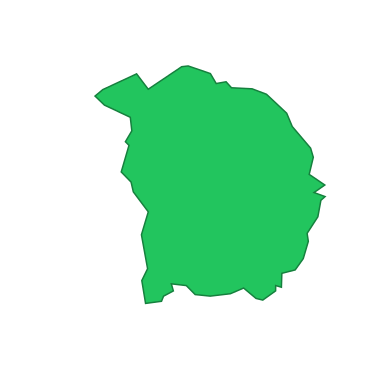 Zajas, Zajas, North Macedonia, rotated 26°
{"feature_id": "65306769B7192425425597", "entity_name": "Zajas", "entity_type": "district", "adm_level": 2, "iso_a3": "MKD", "parent_name": "North Macedonia", "parent_adm1": "Zajas", "projection": "albers", "projection_center": [20.901, 41.603], "detail": "fine", "context": "isolated", "style": "filled", "palette": "green", "viewbox_px": 384, "rotation_deg": 26, "n_neighbors": 0, "source": "geoboundaries", "source_scale": "gbopen_adm2", "svg_char_len": 816}
<svg xmlns="http://www.w3.org/2000/svg" viewBox="0 0 384 384"><g transform="rotate(26 192 192)"><path d="M199.1,312.5L212.5,303.6L212.1,298.1L218.6,289.1L213.7,283.6L227.9,278.6L239.8,282.8L254.0,277.6L271.1,266.6L280.5,255.7L296.2,259.6L303.0,258.1L310.5,244.2L308.2,239.4L314.1,238.4L308.4,225.7L318.9,216.8L321.2,203.1L318.2,185.4L313.6,178.7L316.0,159.1L311.5,143.0L313.6,137.8L301.9,139.0L308.3,127.5L289.6,124.8L285.8,107.6L279.4,100.6L253.4,89.2L242.6,79.7L216.1,71.5L200.8,72.9L181.8,81.0L174.3,78.0L166.2,83.9L156.6,77.5L133.3,80.4L127.8,83.9L107.6,118.8L90.4,110.1L66.9,139.1L62.8,148.3L75.2,152.3L103.8,151.9L111.1,163.4L110.1,176.0L114.9,177.7L119.6,205.0L132.9,209.8L139.2,217.6L161.4,229.0L165.3,252.6L185.7,280.4L185.7,293.6L199.1,312.5Z" fill="#22c55e" stroke="#15803d" stroke-width="1.5"/></g></svg>